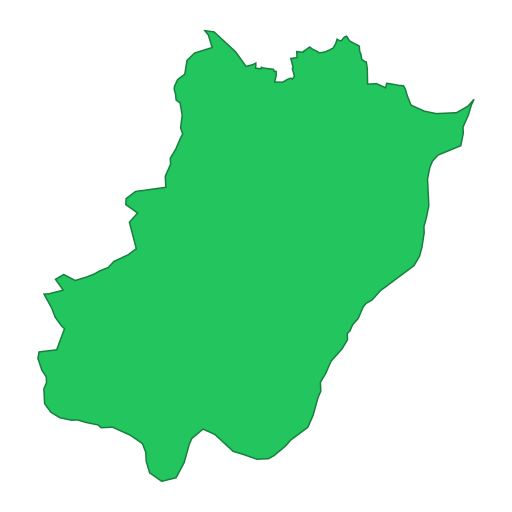 the district of Jos South, Plateau, Nigeria
{"feature_id": "59680162B91711719497512", "entity_name": "Jos South", "entity_type": "district", "adm_level": 2, "iso_a3": "NGA", "parent_name": "Nigeria", "parent_adm1": "Plateau", "projection": "orthographic", "projection_center": [8.842, 9.759], "detail": "fine", "context": "isolated", "style": "filled", "palette": "green", "viewbox_px": 512, "rotation_deg": 0, "n_neighbors": 0, "source": "geoboundaries", "source_scale": "gbopen_adm2", "svg_char_len": 2943}
<svg xmlns="http://www.w3.org/2000/svg" viewBox="0 0 512 512"><path d="M204.9,30.7L208.4,35.1L211.9,46.8L212.2,47.5L194.7,53.0L187.0,60.4L184.8,74.2L177.7,79.5L174.5,86.3L174.2,89.4L175.5,93.8L176.1,100.0L180.1,103.0L182.2,115.2L180.6,127.8L182.7,134.1L181.5,136.1L181.0,137.0L175.8,149.0L170.3,158.2L170.6,164.1L165.3,176.2L165.7,185.0L165.8,187.3L135.5,191.5L126.1,198.6L125.8,204.6L137.6,213.1L130.1,221.4L129.4,222.2L136.3,248.7L128.1,254.8L113.9,261.4L108.4,267.4L108.3,267.5L99.7,270.9L94.1,274.1L85.5,277.4L75.2,280.5L63.7,274.5L55.5,279.3L63.1,290.0L62.8,290.3L48.4,293.9L44.0,294.1L48.8,302.8L51.9,308.5L55.2,317.3L61.5,325.9L64.5,328.7L56.7,349.8L39.1,351.9L37.9,358.3L41.9,370.2L46.3,376.9L46.5,382.8L43.9,388.8L44.3,397.7L44.6,403.6L50.8,412.2L59.8,417.7L71.5,420.2L77.4,419.9L86.2,422.5L98.0,424.9L101.0,427.7L112.6,427.2L120.3,430.7L130.5,435.3L130.7,435.5L136.4,439.4L142.5,443.7L145.8,452.4L146.2,461.2L149.7,472.9L161.7,481.3L176.1,477.7L184.2,462.5L186.7,453.5L189.2,444.5L191.8,438.5L203.0,429.1L214.9,434.5L221.0,440.1L224.1,443.0L233.2,451.4L242.0,454.0L256.9,459.2L268.5,458.7L274.2,455.5L285.4,446.1L290.9,439.9L299.4,433.6L307.8,427.3L313.1,415.3L315.6,406.3L318.1,397.3L320.8,391.2L320.4,382.7L320.3,382.4L325.8,373.2L331.0,361.2L333.8,358.1L336.6,355.0L342.1,348.8L347.5,339.7L347.3,333.8L347.7,333.2L350.0,330.7L352.7,324.6L358.2,318.5L360.8,312.4L363.5,306.4L366.2,303.3L371.9,300.1L373.1,298.8L377.5,293.9L380.2,290.8L388.7,284.5L397.1,278.2L405.6,271.9L414.0,265.6L419.4,256.5L421.9,247.5L424.2,232.6L423.9,226.7L426.4,217.7L428.8,205.7L428.4,196.9L427.8,185.0L427.5,179.1L429.9,167.2L432.5,161.1L438.1,155.0L460.8,145.7L463.3,133.1L463.0,127.2L468.3,115.1L471.4,104.9L474.1,99.3L467.9,106.2L456.5,112.7L447.8,113.1L436.2,113.6L424.4,111.2L414.7,106.8L411.0,105.1L407.2,95.5L405.4,89.3L404.5,87.3L403.3,85.7L398.7,85.4L392.2,84.1L386.7,83.3L385.6,87.8L376.6,83.7L367.6,84.1L367.3,68.6L366.3,62.0L364.8,61.5L361.8,59.5L361.0,54.6L359.7,51.3L359.3,46.2L358.5,45.7L349.6,41.0L346.6,36.2L345.0,36.8L343.8,37.7L342.0,40.0L341.4,40.6L340.8,40.7L340.2,40.7L339.2,40.4L338.1,39.9L337.1,39.2L335.8,43.4L333.3,47.9L329.7,49.9L324.9,52.0L324.2,52.1L319.7,52.8L318.4,52.5L317.9,51.8L315.5,50.6L312.8,49.4L309.7,47.0L308.4,47.9L306.0,49.7L303.4,51.4L303.7,51.7L303.4,52.1L302.5,52.1L302.3,52.2L302.0,52.2L301.1,52.2L300.6,52.0L300.2,52.1L299.5,51.9L299.0,51.7L298.1,51.7L296.8,51.5L296.8,54.0L297.1,57.4L295.2,58.0L294.0,57.9L292.7,58.5L291.8,58.3L290.9,58.3L290.8,58.8L291.6,61.3L293.1,67.6L292.3,69.0L293.1,71.2L294.4,76.3L292.3,79.1L291.0,78.2L289.5,78.6L286.8,79.7L285.5,80.6L282.5,82.2L281.4,82.2L274.7,82.0L276.2,75.3L276.2,73.6L276.1,71.3L274.0,71.4L273.7,69.6L273.4,69.3L263.7,68.1L261.3,67.3L261.0,68.8L255.6,68.2L255.8,65.5L255.8,63.1L255.2,63.4L252.8,64.6L251.4,65.0L246.1,66.5L244.8,64.7L241.6,60.2L235.4,51.6L226.3,43.2L217.1,34.7L214.1,31.9L204.9,30.7Z" fill="#22c55e" stroke="#15803d" stroke-width="1.5"/></svg>